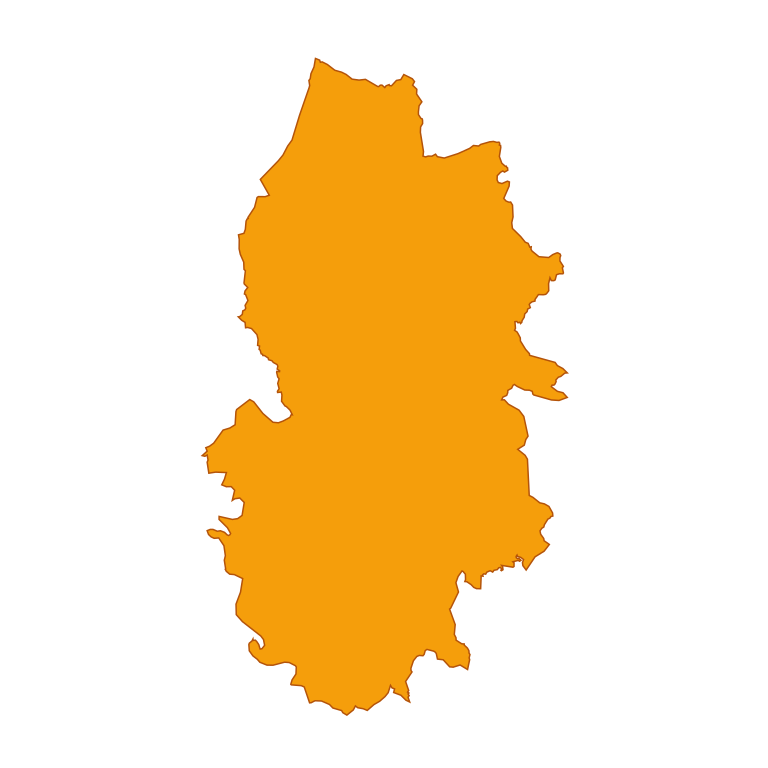 the district of Zontecomatlán de López y Fuentes, Veracruz, Mexico, rotated 87°
{"feature_id": "50627088B36789256479766", "entity_name": "Zontecomatlán de López y Fuentes", "entity_type": "district", "adm_level": 2, "iso_a3": "MEX", "parent_name": "Mexico", "parent_adm1": "Veracruz", "projection": "mercator", "projection_center": [-98.302, 20.736], "detail": "fine", "context": "isolated", "style": "filled", "palette": "amber", "viewbox_px": 768, "rotation_deg": 87, "n_neighbors": 0, "source": "geoboundaries", "source_scale": "gbopen_adm2", "svg_char_len": 6136}
<svg xmlns="http://www.w3.org/2000/svg" viewBox="0 0 768 768"><g transform="rotate(87 384 384)"><path d="M289.5,211.5L289.7,209.0L289.0,207.6L283.9,206.0L283.1,203.2L283.3,199.6L282.5,199.0L277.3,199.8L276.0,198.7L270.3,201.9L266.8,201.6L265.1,200.8L263.5,201.3L262.1,203.6L262.2,204.8L263.6,208.7L266.3,212.9L265.0,222.6L259.0,229.2L257.1,230.2L254.7,229.8L255.0,231.2L251.1,232.7L249.8,235.5L243.9,239.8L235.4,247.6L229.6,248.0L223.9,246.4L212.0,246.3L208.9,248.0L209.0,249.7L207.7,252.5L205.0,254.7L192.9,248.7L188.8,248.2L187.9,250.1L190.0,255.7L188.8,259.3L186.1,260.4L181.9,260.0L178.7,256.6L177.5,254.2L178.7,252.6L177.0,249.2L174.6,249.3L174.2,250.1L172.9,250.4L172.9,251.5L169.7,254.8L162.8,256.9L153.9,255.0L151.8,255.1L151.4,256.3L149.6,255.8L148.5,256.5L148.6,258.7L147.5,262.0L147.7,265.8L149.8,274.9L151.3,277.0L150.5,282.2L153.2,286.2L157.8,298.0L161.5,312.0L159.8,318.8L157.2,320.5L159.0,324.2L158.7,328.0L159.4,330.6L158.5,333.1L153.9,332.4L134.6,334.5L129.2,334.0L125.9,331.8L122.7,331.7L121.3,331.9L120.7,333.2L116.8,335.5L114.0,335.4L108.0,334.4L104.2,331.4L96.1,336.3L91.4,335.8L87.1,339.8L83.6,337.7L80.7,339.7L76.0,348.0L80.9,351.3L81.5,355.7L86.6,360.9L86.3,362.9L85.3,363.2L86.3,366.3L88.0,367.7L85.4,370.4L85.4,372.1L86.7,373.7L86.6,374.7L78.8,386.6L79.2,393.0L77.9,399.9L72.9,405.6L70.4,410.0L68.1,416.7L62.0,423.8L59.1,428.9L59.4,430.7L57.2,431.3L55.3,435.4L63.7,437.3L70.3,440.7L75.2,441.7L76.9,443.1L82.1,442.6L84.2,443.3L111.3,454.3L135.6,463.1L141.3,467.7L150.1,472.9L155.8,478.1L173.2,496.8L189.5,488.7L190.7,492.8L190.3,499.7L191.1,501.0L200.8,504.0L210.6,511.2L211.6,510.9L212.0,512.0L214.1,513.2L222.4,514.4L226.2,516.0L227.4,521.5L232.1,521.0L241.5,521.6L247.0,520.7L255.0,517.7L262.2,517.8L263.6,516.5L275.7,518.5L276.8,518.3L280.5,515.0L283.8,517.9L286.8,518.7L287.5,517.5L293.5,515.5L298.2,518.6L301.1,518.1L302.7,519.1L303.6,521.2L307.1,521.9L309.1,524.5L309.3,526.0L312.9,522.8L315.2,519.5L320.6,519.3L320.4,517.2L321.7,513.4L328.0,508.3L332.8,507.4L338.8,508.2L339.6,506.3L342.9,506.9L343.7,505.9L347.4,505.1L348.0,503.7L349.2,503.5L349.4,501.8L352.1,498.2L353.7,498.0L354.9,494.7L356.7,493.4L359.0,489.7L360.7,489.1L363.5,489.9L365.4,487.5L366.2,487.7L365.8,490.4L366.7,490.6L371.4,489.8L373.3,488.5L377.9,490.1L383.2,489.0L385.7,490.8L386.9,490.7L386.7,487.0L389.7,486.5L395.9,487.2L400.8,484.0L401.4,482.7L405.2,479.2L409.9,477.2L409.7,478.2L412.4,479.7L415.7,486.7L417.2,491.5L416.4,496.9L407.1,506.5L395.0,515.0L392.5,518.9L401.8,532.5L403.8,533.3L416.9,534.8L419.9,540.3L421.6,547.1L434.2,557.2L437.0,561.5L438.3,565.3L441.8,564.1L446.0,569.3L446.8,566.7L445.7,564.3L450.8,563.7L452.8,564.7L463.9,563.6L463.2,556.7L464.2,546.0L470.7,548.3L476.2,551.3L478.3,546.9L478.5,541.9L482.3,538.7L492.3,541.6L490.8,539.0L490.3,534.0L495.0,529.8L507.8,532.6L510.8,537.2L511.3,542.5L507.6,555.6L510.6,555.8L519.3,547.9L525.2,545.0L526.5,545.8L527.2,547.1L526.5,548.5L523.8,551.0L522.0,555.0L522.3,558.2L520.3,562.3L520.1,565.1L521.2,568.3L525.1,567.1L527.6,564.7L529.2,561.7L529.1,557.1L537.1,552.3L547.2,551.4L551.6,552.7L560.4,551.8L560.7,552.2L562.8,551.3L565.8,548.1L566.5,543.4L570.9,535.3L584.4,538.2L596.1,543.3L606.6,543.6L613.9,537.8L629.2,520.2L632.9,517.7L638.7,516.9L642.0,519.8L642.2,521.6L637.7,522.7L634.8,524.4L633.1,525.8L633.2,528.1L631.8,528.2L633.7,529.3L635.8,532.1L637.2,532.6L643.4,532.5L648.7,529.1L652.2,525.0L655.4,522.5L658.6,515.6L659.0,509.5L656.6,497.8L657.2,493.2L660.7,487.2L662.0,486.4L669.0,487.1L674.7,491.3L679.0,492.8L679.6,492.3L680.9,482.4L682.4,479.5L698.5,475.0L698.5,473.5L696.7,469.5L697.3,463.0L701.2,455.2L704.9,452.0L707.9,443.4L710.1,442.3L712.7,438.4L707.9,431.7L704.0,429.4L705.9,427.2L707.2,421.7L709.1,417.8L703.6,410.8L700.6,404.9L696.2,399.3L692.5,396.0L685.3,393.3L687.9,391.9L689.0,389.4L692.6,390.5L695.7,383.4L700.9,378.7L702.9,375.0L698.0,376.4L696.5,375.2L694.8,376.2L693.9,375.3L692.9,376.6L691.4,375.4L682.2,378.0L673.0,371.1L671.6,372.0L669.3,372.0L661.9,369.1L657.8,365.5L656.9,363.0L657.4,359.3L656.0,358.0L652.4,356.8L651.3,355.0L653.4,348.3L654.5,346.8L655.9,345.9L661.5,345.0L662.5,339.3L669.9,333.2L670.4,329.7L668.6,322.7L673.5,315.5L663.8,312.9L661.9,313.3L658.7,312.3L657.3,313.1L654.7,313.2L652.1,314.5L649.0,317.5L647.8,317.5L647.5,320.0L643.6,325.4L641.1,325.4L637.8,326.9L628.0,325.5L612.2,330.3L611.3,329.1L595.6,320.5L586.2,322.6L580.1,320.1L574.8,315.9L575.4,314.8L578.2,312.7L583.6,312.8L585.5,313.6L585.8,311.6L588.9,307.5L591.8,305.0L593.2,302.3L593.5,298.2L580.7,297.0L581.1,295.2L579.7,295.5L578.8,294.3L579.2,292.4L577.3,291.2L576.0,287.8L577.5,285.3L575.8,283.9L575.3,280.6L573.5,279.0L573.3,277.3L574.9,276.2L576.1,277.0L576.6,276.5L575.7,274.9L572.7,275.1L571.3,276.0L573.7,264.8L573.0,263.7L571.1,263.6L569.4,263.5L568.3,264.6L567.2,259.3L568.1,257.8L567.2,256.4L565.3,258.3L565.3,260.0L564.4,261.0L563.1,261.1L561.8,260.1L563.1,259.7L564.3,256.5L566.6,253.8L569.7,255.1L572.7,254.8L577.2,251.8L564.5,242.2L559.3,232.8L552.9,227.3L548.9,232.3L546.6,232.6L542.2,235.4L538.8,235.9L536.3,233.9L535.2,231.9L532.9,231.2L527.5,227.4L526.6,225.3L525.1,224.3L524.7,222.3L521.6,222.4L514.9,225.7L512.1,230.1L510.8,234.7L505.0,241.2L502.9,244.8L466.6,244.7L462.6,246.8L456.2,253.9L452.4,247.1L446.9,245.3L443.6,242.9L423.7,246.1L417.2,250.5L410.7,260.8L406.1,264.6L406.0,267.4L403.3,265.9L401.8,262.1L399.2,260.9L396.9,260.7L394.9,256.8L392.0,255.2L391.3,253.8L393.4,251.1L397.4,243.7L397.8,239.1L399.1,236.3L401.8,235.9L402.8,235.0L408.7,217.6L409.6,210.1L407.0,201.7L402.1,205.7L400.4,211.2L395.4,217.1L393.9,216.2L394.0,214.4L393.2,213.4L390.7,212.0L389.0,212.2L386.3,209.5L385.7,207.1L382.6,202.9L382.5,200.4L377.9,204.6L374.7,209.9L371.4,212.0L363.0,237.1L361.3,237.2L356.8,240.8L348.2,245.5L345.0,245.5L340.9,247.4L339.0,248.4L337.2,250.8L335.3,249.8L328.6,250.0L328.5,248.0L329.9,247.0L329.4,245.1L330.8,244.5L329.7,243.2L328.0,242.8L324.7,240.5L321.4,239.8L319.2,237.3L316.7,236.6L315.4,233.9L312.2,234.8L311.1,234.0L309.7,231.9L309.1,228.9L307.4,228.7L302.8,225.1L303.2,220.1L302.9,217.8L301.9,216.6L299.5,214.6L292.4,214.4L286.6,212.7L289.5,211.5Z" fill="#f59e0b" stroke="#b45309" stroke-width="1.5"/></g></svg>